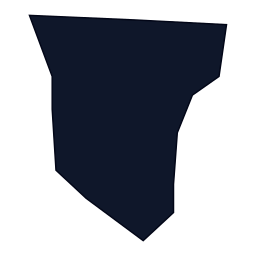 Gudja, Natural Earth projection
{"feature_id": "MLT-5966", "entity_name": "Gudja", "entity_type": "state/province", "adm_level": 1, "iso_a3": "MLT", "parent_name": "Malta", "parent_adm1": "", "projection": "natural_earth1", "projection_center": [14.503, 35.844], "detail": "fine", "context": "isolated", "style": "filled", "palette": "ink", "viewbox_px": 256, "rotation_deg": 0, "n_neighbors": 0, "source": "natural_earth", "source_scale": "10m", "svg_char_len": 288}
<svg xmlns="http://www.w3.org/2000/svg" viewBox="0 0 256 256"><path d="M226.5,24.7L219.0,76.4L192.4,95.1L177.3,132.7L173.5,184.3L173.5,212.5L143.2,240.6L86.3,198.4L56.0,170.2L52.2,109.2L52.2,76.4L29.5,15.4L135.6,20.0L226.5,24.7Z" fill="#0f172a" stroke="#020617" stroke-width="1.5"/></svg>